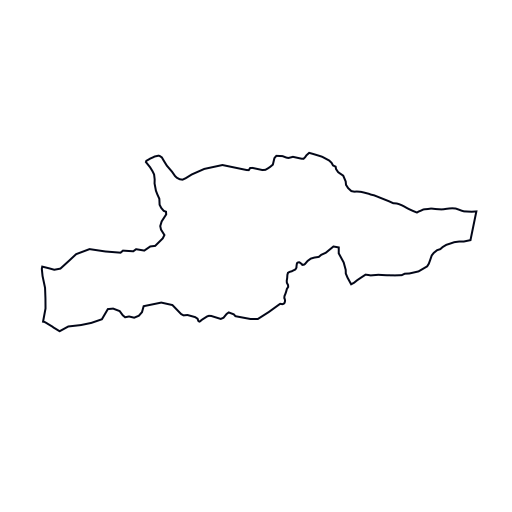 Bouar, Nana-Mambéré, Central African Republic (Robinson projection), rotated 281°
{"feature_id": "33826404B23664805641311", "entity_name": "Bouar", "entity_type": "district", "adm_level": 2, "iso_a3": "CAF", "parent_name": "Central African Republic", "parent_adm1": "Nana-Mambéré", "projection": "robinson", "projection_center": [15.492, 5.917], "detail": "fine", "context": "isolated", "style": "outline", "palette": "ink", "viewbox_px": 512, "rotation_deg": 281, "n_neighbors": 0, "source": "geoboundaries", "source_scale": "gbopen_adm2", "svg_char_len": 3485}
<svg xmlns="http://www.w3.org/2000/svg" viewBox="0 0 512 512"><g transform="rotate(281 256 256)"><path d="M258.8,372.2L260.9,379.7L261.9,387.1L263.5,396.2L265.0,402.7L267.0,405.4L268.1,409.9L271.9,418.5L278.5,426.0L281.4,427.1L285.1,427.7L290.1,428.4L293.0,429.9L296.3,432.7L297.9,435.6L300.4,437.5L303.3,440.7L305.1,444.0L307.4,448.0L309.0,452.8L309.8,457.1L312.5,463.5L341.8,463.8L340.6,459.3L339.5,451.6L339.7,449.3L340.2,446.4L340.7,443.0L340.3,439.6L339.6,436.9L338.6,433.8L337.6,431.0L337.1,429.0L336.5,424.4L336.3,422.4L336.1,419.8L335.8,418.3L334.8,415.4L334.1,412.8L333.6,411.4L331.9,409.1L330.7,407.2L329.4,405.7L329.6,404.4L330.2,401.4L331.3,396.9L332.0,394.6L332.9,392.0L333.6,389.5L334.2,386.4L334.4,384.2L334.2,382.3L334.0,380.6L335.1,376.1L338.1,360.3L338.2,357.0L338.6,354.8L338.7,352.9L338.9,349.7L339.0,346.8L338.7,344.0L338.5,342.5L337.9,340.3L337.9,337.2L340.2,333.5L343.0,330.8L346.3,329.8L351.5,326.3L353.3,322.1L354.0,320.6L356.6,318.0L358.9,317.1L359.6,314.3L361.9,312.4L363.7,309.6L365.8,302.8L366.1,301.6L366.5,298.1L366.8,295.2L367.1,292.2L367.4,288.5L365.4,287.0L364.5,286.3L362.4,285.4L360.5,284.1L360.2,282.1L360.4,273.3L359.5,271.5L358.4,269.1L358.4,267.0L359.1,263.0L358.2,256.9L356.7,256.0L355.6,255.4L351.0,255.2L348.9,255.1L346.2,252.9L344.3,251.0L342.4,248.8L341.6,245.9L341.8,236.0L341.3,233.5L338.9,232.5L338.6,230.4L338.9,205.7L331.6,188.6L323.8,177.4L321.2,174.6L318.9,172.1L316.9,169.3L316.8,166.4L317.7,163.4L319.0,161.3L322.7,157.5L327.7,151.2L330.5,148.6L332.7,146.6L334.8,144.8L335.8,142.4L335.9,141.2L334.3,137.5L333.2,136.1L331.4,133.5L330.2,132.2L328.5,130.2L327.2,130.0L322.9,135.1L319.4,138.3L316.6,140.4L311.9,141.9L307.8,142.6L301.0,145.3L297.8,147.3L293.7,150.2L287.9,151.6L285.1,153.8L282.7,156.8L282.3,159.2L279.7,159.9L276.7,158.7L272.0,156.8L267.1,156.3L263.8,157.7L259.1,162.1L255.5,161.1L246.7,155.1L245.2,150.4L240.0,145.3L239.8,137.0L237.2,134.6L235.9,124.4L233.4,122.4L231.7,107.3L231.0,91.3L223.5,79.1L215.4,73.2L206.3,66.4L204.0,60.6L204.4,55.7L204.8,48.2L202.5,48.2L195.6,50.3L184.5,55.0L174.2,57.4L164.3,59.4L150.9,59.5L150.9,61.0L150.3,62.9L150.0,63.7L149.7,64.4L149.2,65.8L149.1,66.1L148.5,67.7L147.9,69.4L147.1,71.0L146.5,72.7L145.9,74.3L145.3,75.9L144.9,77.0L144.7,77.6L151.0,85.2L154.8,97.3L158.9,107.1L164.5,116.8L175.6,120.7L177.1,125.8L175.9,132.7L172.4,136.5L170.9,139.2L172.4,142.9L172.2,148.2L175.0,152.4L179.1,154.8L185.3,155.3L192.2,171.9L191.9,183.3L184.7,193.6L183.9,196.2L185.0,200.0L184.4,207.9L183.3,210.6L181.9,211.4L181.1,212.0L180.8,213.0L181.4,213.8L182.6,214.6L184.0,216.0L185.6,217.7L187.4,219.6L188.3,221.2L188.6,223.5L187.5,233.4L189.2,235.9L193.5,238.2L195.4,240.0L194.5,245.3L193.0,247.3L193.0,250.2L193.1,262.7L194.5,269.8L203.4,279.2L212.6,287.8L213.7,288.9L213.7,291.0L214.3,292.1L215.0,292.8L216.5,293.1L217.9,293.0L219.3,292.4L220.1,291.8L222.1,291.6L224.6,292.1L226.9,292.4L229.6,292.6L231.8,293.5L233.6,293.0L235.6,291.4L237.5,290.9L240.4,290.8L243.5,290.4L245.6,290.6L246.4,291.5L247.1,292.5L247.8,294.0L248.8,295.2L250.1,297.0L251.0,297.5L252.3,297.9L253.7,297.7L255.4,297.6L256.4,297.6L257.1,297.8L257.7,298.5L258.1,299.6L257.8,300.5L256.6,302.8L256.1,303.2L256.6,304.7L257.5,305.6L261.0,307.6L263.9,310.3L265.6,313.6L267.1,317.8L269.6,319.8L272.5,323.9L280.1,330.2L280.2,335.6L274.4,336.7L266.4,343.3L259.5,346.7L255.9,347.5L252.2,350.0L246.4,354.8L248.4,357.3L251.6,360.0L255.1,363.5L258.6,367.1L258.8,370.1L258.8,372.2Z" fill="none" stroke="#020617" stroke-width="2"/></g></svg>